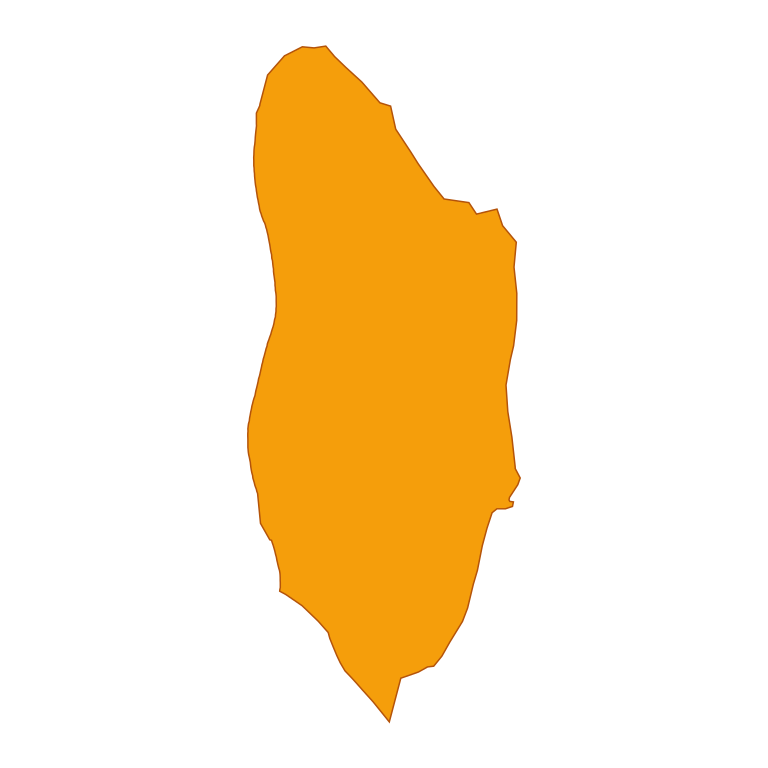 the district of Al Madan, Amran, Yemen
{"feature_id": "15242507B28898961635251", "entity_name": "Al Madan", "entity_type": "district", "adm_level": 2, "iso_a3": "YEM", "parent_name": "Yemen", "parent_adm1": "Amran", "projection": "equal_earth", "projection_center": [43.615, 16.232], "detail": "fine", "context": "isolated", "style": "filled", "palette": "amber", "viewbox_px": 768, "rotation_deg": 0, "n_neighbors": 0, "source": "geoboundaries", "source_scale": "gbopen_adm2", "svg_char_len": 2932}
<svg xmlns="http://www.w3.org/2000/svg" viewBox="0 0 768 768"><path d="M279.7,591.2L281.7,592.3L284.0,593.5L285.8,594.5L302.1,605.7L318.2,621.2L328.2,632.5L329.8,638.4L333.3,647.1L336.8,655.5L340.2,662.7L345.0,670.9L351.6,677.8L355.6,682.2L362.4,689.9L373.1,701.8L389.3,721.9L400.8,678.2L418.5,672.0L427.6,666.9L433.7,666.2L441.9,656.1L449.8,642.1L462.5,621.4L467.6,608.0L473.3,584.3L477.4,570.4L482.3,545.7L487.0,528.2L492.1,512.7L496.9,508.8L505.4,508.8L512.5,506.4L513.4,501.9L509.8,501.4L509.0,499.9L509.5,497.4L517.8,484.7L520.2,478.0L515.2,468.5L515.2,467.1L511.9,437.2L507.8,411.6L506.0,385.1L510.4,359.5L513.6,345.8L516.7,320.5L516.8,293.4L514.0,267.1L516.3,242.2L502.6,225.7L497.0,209.1L476.5,214.1L468.9,202.6L444.1,199.0L434.0,186.5L418.0,163.5L411.1,152.5L396.2,129.9L395.7,129.1L390.6,106.1L379.9,102.8L361.9,82.1L345.6,67.2L334.6,56.6L325.8,46.1L314.1,47.9L302.3,46.8L284.5,55.8L267.6,75.0L260.0,103.9L259.7,105.8L256.4,113.1L256.4,115.9L256.4,118.1L256.4,120.8L256.4,123.6L256.5,125.9L256.2,128.5L255.9,131.0L255.6,133.8L255.3,137.1L255.1,140.8L254.8,144.1L254.3,147.1L254.0,150.6L253.9,154.7L253.7,157.6L253.8,160.4L253.8,163.2L253.8,165.7L254.1,168.1L254.2,171.0L254.5,173.6L254.6,176.3L254.9,179.3L255.2,182.4L255.5,185.0L256.2,188.7L256.4,190.9L256.8,193.2L257.4,197.4L258.0,199.9L258.5,202.9L259.2,206.0L259.6,209.0L260.3,211.7L261.1,213.7L261.7,215.9L262.8,218.8L263.5,220.8L264.7,223.0L265.4,225.1L265.9,227.3L266.6,229.3L267.1,231.6L268.0,235.2L268.5,238.1L269.3,242.3L269.8,244.8L270.2,247.4L270.5,249.7L271.0,252.3L271.6,254.7L271.8,258.2L272.5,260.8L272.8,264.1L273.1,266.7L273.5,269.0L273.5,271.4L273.8,274.1L274.2,276.7L274.6,279.8L275.0,282.4L275.0,285.3L275.3,287.5L275.4,290.4L275.9,293.2L276.2,296.3L276.2,300.8L276.3,306.3L276.0,308.9L276.0,311.4L275.5,314.7L275.4,316.9L274.6,319.5L273.9,323.6L273.1,326.7L272.4,328.7L271.4,332.0L270.8,334.3L269.6,337.4L269.0,339.4L268.2,341.4L267.4,343.7L267.0,346.2L266.1,348.6L265.5,351.1L264.8,353.7L264.1,356.4L263.3,358.9L262.6,362.4L261.9,364.8L261.5,367.0L260.7,370.5L260.0,373.8L259.4,376.3L258.6,378.7L258.1,381.6L257.5,384.2L256.8,387.2L255.8,391.0L255.0,395.5L253.9,398.6L253.2,401.0L252.5,403.9L251.9,406.1L251.4,409.0L250.7,412.1L250.2,415.0L249.6,418.0L249.3,421.0L248.5,423.7L248.2,426.0L247.9,428.8L248.0,431.1L247.8,433.7L247.8,436.4L247.9,439.0L247.9,441.9L247.9,444.5L247.9,447.4L248.1,449.7L248.3,452.1L248.7,454.7L249.3,457.2L249.8,459.8L250.3,462.2L250.6,465.1L250.9,467.6L251.4,470.6L251.9,473.0L252.6,475.5L252.9,478.1L253.5,480.1L254.2,482.4L254.8,485.0L255.5,487.1L256.3,489.1L256.8,491.3L257.6,493.5L260.5,523.4L269.8,539.8L271.5,540.3L272.3,542.9L273.1,545.1L274.0,548.1L274.8,551.0L275.6,554.5L276.3,556.9L277.0,560.8L277.4,562.3L277.7,563.8L278.7,567.9L279.5,570.5L279.9,572.8L280.1,575.0L280.2,577.5L280.2,580.3L280.3,582.8L280.3,585.2L280.3,587.5L279.8,589.9L279.7,591.2Z" fill="#f59e0b" stroke="#b45309" stroke-width="1.5"/></svg>